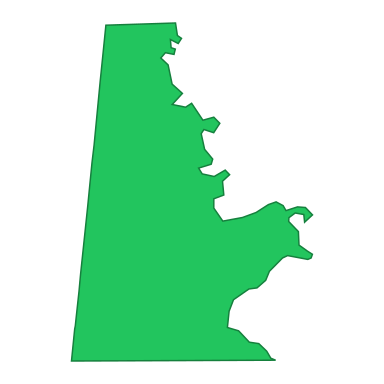 Sumter, Alabama, United States of America (orthographic projection)
{"feature_id": "52423323B29714418212359", "entity_name": "Sumter", "entity_type": "district", "adm_level": 2, "iso_a3": "USA", "parent_name": "United States of America", "parent_adm1": "Alabama", "projection": "orthographic", "projection_center": [-88.095, 32.652], "detail": "fine", "context": "isolated", "style": "filled", "palette": "green", "viewbox_px": 384, "rotation_deg": 0, "n_neighbors": 0, "source": "geoboundaries", "source_scale": "gbopen_adm2", "svg_char_len": 1124}
<svg xmlns="http://www.w3.org/2000/svg" viewBox="0 0 384 384"><path d="M102.8,55.8L100.1,82.3L94.1,145.0L92.0,162.7L87.9,204.4L87.9,204.5L85.4,228.4L80.6,274.0L79.0,291.5L76.3,316.4L75.3,325.9L74.7,328.9L71.5,361.0L275.6,360.2L270.8,358.2L266.7,351.2L258.8,343.6L249.3,342.2L238.6,330.8L227.4,327.5L229.1,311.2L233.5,299.7L248.9,289.0L257.0,287.9L265.7,280.3L269.4,271.3L282.5,258.0L287.6,255.6L307.8,259.4L311.1,258.0L312.4,254.3L307.4,251.1L299.0,245.1L298.4,231.6L288.7,221.5L288.9,217.7L295.2,213.0L303.8,214.5L304.6,222.2L312.5,214.9L305.4,207.5L297.5,206.9L286.0,210.6L283.1,205.6L276.1,201.9L268.4,204.6L256.1,212.5L242.5,217.5L222.8,221.1L213.8,208.1L213.8,198.8L223.8,195.0L222.5,181.2L229.6,174.7L225.2,170.1L214.2,176.5L202.2,173.9L198.6,168.1L211.2,164.2L212.7,159.1L204.6,149.3L201.2,133.7L203.9,129.5L213.7,132.7L219.8,123.3L213.8,117.2L202.9,120.2L191.6,103.3L185.6,107.2L172.2,104.5L182.4,93.4L172.1,84.1L168.1,64.9L160.8,58.0L165.4,52.7L174.0,54.4L175.3,49.1L171.1,47.7L170.4,39.5L178.2,43.5L181.5,38.4L177.4,35.5L175.5,23.0L105.9,25.2L102.8,55.8Z" fill="#22c55e" stroke="#15803d" stroke-width="1.5"/></svg>